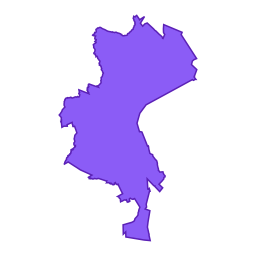 Allende, Chihuahua, Mexico
{"feature_id": "50627088B83243051408080", "entity_name": "Allende", "entity_type": "district", "adm_level": 2, "iso_a3": "MEX", "parent_name": "Mexico", "parent_adm1": "Chihuahua", "projection": "albers", "projection_center": [-105.393, 27.035], "detail": "fine", "context": "isolated", "style": "filled", "palette": "violet", "viewbox_px": 256, "rotation_deg": 0, "n_neighbors": 0, "source": "geoboundaries", "source_scale": "gbopen_adm2", "svg_char_len": 5605}
<svg xmlns="http://www.w3.org/2000/svg" viewBox="0 0 256 256"><path d="M64.4,164.1L68.2,162.0L80.4,169.9L91.9,175.1L88.4,177.3L89.1,178.1L89.3,178.7L89.6,178.6L90.3,178.0L90.6,178.1L90.8,178.8L91.6,178.6L92.5,179.0L93.8,178.9L94.3,178.5L96.8,178.9L97.9,178.5L98.8,178.5L106.1,180.9L106.6,180.9L106.4,181.3L106.9,182.6L106.7,182.8L107.4,182.8L107.7,182.6L109.0,182.7L109.2,183.1L110.4,183.9L110.8,183.7L111.0,183.2L112.4,184.6L112.7,184.4L113.7,184.8L114.4,184.4L114.4,183.2L115.4,182.6L115.8,183.8L116.4,184.1L116.9,184.5L117.2,184.7L117.6,184.6L118.0,184.2L120.7,189.9L122.6,193.7L117.6,196.5L118.9,197.0L119.2,198.0L119.9,198.5L120.5,199.4L120.4,200.4L120.6,201.8L121.6,201.2L122.3,201.1L123.8,200.2L124.8,199.9L125.5,200.1L126.3,199.8L126.3,200.2L126.5,200.2L127.3,202.1L127.6,201.9L128.3,202.0L128.6,202.0L128.7,201.5L129.8,201.3L129.9,201.1L129.6,200.5L129.3,199.1L129.4,198.8L129.9,198.6L130.2,198.2L131.3,198.9L132.8,199.3L133.4,199.2L133.6,198.9L134.2,198.9L134.6,198.6L139.9,207.2L138.7,210.3L138.8,211.0L138.1,212.8L138.1,214.2L137.8,215.4L136.7,216.8L135.0,218.6L134.5,220.4L133.8,221.3L131.9,222.3L123.1,224.8L123.3,234.2L125.7,231.9L125.9,237.0L144.0,240.0L150.2,240.6L149.0,235.1L149.1,234.2L148.6,232.8L148.5,232.0L147.4,227.1L148.0,222.1L149.9,210.7L145.2,209.0L146.1,207.6L146.6,207.1L146.2,204.2L149.5,191.3L150.1,191.2L149.2,188.3L148.7,188.7L148.6,189.3L147.8,189.1L147.2,178.8L153.8,185.7L154.9,186.0L154.8,186.4L159.7,191.6L162.7,187.8L159.0,184.2L161.8,181.3L163.8,178.9L163.9,177.4L164.3,177.1L165.0,176.9L165.1,176.0L165.0,175.7L163.9,174.6L163.2,172.9L162.9,171.8L159.8,172.1L159.1,170.9L158.4,170.5L158.4,169.8L158.5,169.3L157.7,166.5L157.3,164.2L157.4,163.4L156.8,161.0L156.3,160.2L155.7,159.9L152.8,156.1L152.8,155.1L152.5,154.6L151.2,154.1L149.9,153.4L148.8,149.0L148.5,146.4L148.2,145.8L147.5,146.1L142.0,132.2L141.9,132.0L140.2,131.6L139.5,131.7L137.0,123.2L139.8,113.3L146.1,104.8L192.4,79.6L193.3,80.3L193.7,80.3L194.9,79.4L195.9,79.4L194.1,77.0L194.4,76.0L194.6,76.0L194.6,75.6L196.8,69.6L191.5,64.6L192.4,61.0L194.1,59.6L196.6,58.6L181.2,34.7L182.1,32.3L163.7,24.6L163.4,28.9L163.5,32.2L163.6,32.8L164.7,34.4L163.0,38.5L162.8,38.4L162.6,38.3L162.7,38.0L162.3,37.1L160.3,35.1L159.6,34.7L155.8,30.9L154.9,30.4L153.5,28.8L147.2,23.0L144.8,23.9L142.7,26.2L140.4,23.2L144.5,16.6L139.5,19.8L139.3,19.1L136.7,15.4L135.5,16.3L135.1,16.9L133.7,16.3L133.6,17.1L133.2,18.3L133.9,19.7L134.0,20.7L134.7,21.5L134.8,21.9L135.0,22.5L134.8,23.2L135.1,23.7L135.1,24.2L134.9,25.0L134.5,25.2L134.2,25.6L134.0,26.8L133.5,27.5L133.5,27.9L133.0,28.9L133.1,29.3L132.7,29.6L132.2,29.7L131.8,30.0L130.8,31.5L129.6,32.2L129.3,33.0L127.8,33.6L127.5,34.0L127.4,34.8L126.8,35.3L125.5,35.5L124.7,35.4L124.1,35.8L122.7,35.7L122.2,35.5L121.7,34.5L121.0,34.5L120.8,34.1L120.4,33.8L118.9,33.2L117.4,32.9L116.4,32.3L115.8,32.2L114.6,32.6L113.8,32.2L113.0,32.4L112.2,31.8L111.6,32.1L110.4,31.7L108.0,31.3L107.8,31.1L107.3,31.0L104.8,29.6L102.5,28.7L100.5,27.4L99.5,27.4L98.3,28.1L97.8,28.0L97.5,28.0L97.3,28.5L96.1,29.3L95.9,29.8L96.3,31.3L96.1,32.0L95.6,32.4L94.7,32.4L94.6,32.8L94.7,33.5L94.6,33.9L93.3,34.4L92.6,35.2L92.9,35.5L95.6,36.1L95.2,36.8L94.9,37.7L94.8,38.8L95.0,39.1L96.2,39.5L96.3,39.7L96.1,40.3L94.8,41.5L95.1,41.8L96.0,42.0L96.1,42.5L95.8,42.9L95.3,43.3L94.4,43.7L93.3,44.7L93.7,46.1L93.7,47.6L94.8,49.1L95.1,49.9L94.7,51.9L93.9,52.9L93.8,53.2L94.3,54.0L95.4,54.1L95.4,55.1L96.0,56.3L96.0,56.5L96.4,56.2L96.7,56.5L97.1,56.4L97.2,56.9L97.5,57.1L97.5,57.6L97.7,58.0L97.8,58.5L98.7,59.5L98.9,60.0L99.8,60.9L99.8,61.4L99.9,61.6L99.8,61.9L99.8,62.1L99.3,62.7L99.1,63.4L99.2,63.6L99.5,63.7L99.7,64.1L99.3,65.0L99.9,65.4L100.4,65.4L100.7,65.8L100.7,66.1L101.1,66.4L101.3,67.7L101.7,68.4L101.5,69.0L101.7,69.3L101.4,69.1L101.3,69.7L102.2,70.7L102.5,71.3L102.6,72.1L103.4,73.0L103.4,73.3L102.7,74.1L102.6,75.2L102.1,76.8L101.3,77.3L101.1,77.6L101.3,79.6L101.1,80.0L100.8,80.3L101.1,82.3L100.9,83.0L98.4,85.7L97.3,85.9L98.2,87.1L95.3,86.2L89.1,84.0L88.8,84.1L88.4,84.4L88.4,85.3L88.3,85.7L88.5,85.9L88.5,86.2L88.8,86.4L88.8,86.7L88.4,87.0L88.4,87.4L87.9,87.1L87.6,87.7L87.4,87.7L87.4,88.3L87.2,88.6L87.2,89.7L87.5,89.8L87.1,90.2L87.3,90.7L87.7,90.9L87.7,91.5L88.2,91.9L88.1,92.4L88.5,92.6L88.5,92.9L88.7,93.0L88.6,93.3L88.8,93.7L78.9,89.8L79.0,90.5L79.2,90.9L79.2,91.3L79.3,91.5L79.2,92.0L79.6,92.5L78.8,93.4L79.0,94.0L79.6,94.3L79.8,94.7L79.6,95.1L79.6,95.9L78.9,97.0L78.6,96.9L77.7,96.9L77.6,96.7L77.4,96.9L76.7,96.9L76.3,97.2L75.7,96.9L75.2,96.9L74.2,97.3L74.0,97.6L73.2,97.6L72.7,98.0L71.9,98.0L71.3,97.4L70.5,97.6L70.3,97.3L69.7,97.7L68.7,97.9L68.0,97.7L67.9,97.8L67.8,97.6L67.6,97.6L66.9,98.0L66.2,98.0L65.8,98.4L65.3,98.9L65.3,99.4L64.8,99.8L64.8,100.5L64.2,101.5L64.3,102.1L64.3,102.9L64.1,103.1L64.2,104.4L64.0,104.9L64.5,106.2L64.9,107.0L64.7,107.5L64.0,107.9L62.2,110.0L62.0,110.9L61.5,111.9L60.0,114.1L59.2,115.0L61.4,117.7L61.2,119.1L61.2,119.6L61.6,120.0L61.1,120.7L61.3,121.3L60.8,121.4L61.1,122.4L61.4,122.5L61.9,127.3L63.9,126.2L67.3,126.2L67.1,124.7L72.1,122.4L72.3,124.2L72.8,124.9L72.7,126.0L73.1,126.6L74.6,126.3L76.9,132.9L74.9,135.2L74.3,138.4L74.1,138.9L74.5,140.0L74.8,141.5L74.7,141.9L74.0,142.7L74.1,143.1L73.8,143.8L73.9,144.3L74.6,146.0L75.4,145.6L75.4,146.5L75.0,146.7L74.8,147.3L74.2,147.6L72.9,148.7L73.1,149.1L72.5,149.1L72.5,149.8L71.8,149.4L70.9,150.0L71.2,150.7L71.2,151.4L71.0,151.6L71.2,151.9L70.8,152.4L70.7,153.4L69.9,153.8L69.9,154.5L69.1,155.3L68.6,155.1L67.8,155.8L68.1,156.6L67.8,156.7L67.6,157.1L67.0,157.5L66.7,157.9L66.5,158.4L66.6,159.3L65.8,160.3L64.8,162.3L64.8,162.9L64.3,163.9L64.4,164.1Z" fill="#8b5cf6" stroke="#5b21b6" stroke-width="1.5"/></svg>